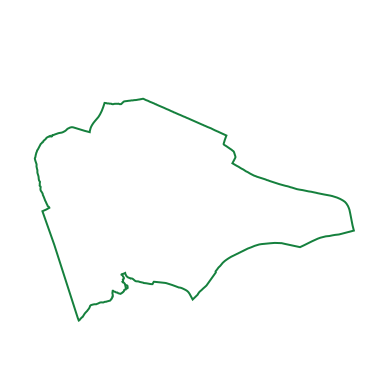 Sam Khok, Pathum Thani, Thailand, rotated 168°
{"feature_id": "78962969B46863562743869", "entity_name": "Sam Khok", "entity_type": "district", "adm_level": 2, "iso_a3": "THA", "parent_name": "Thailand", "parent_adm1": "Pathum Thani", "projection": "natural_earth1", "projection_center": [100.554, 14.08], "detail": "fine", "context": "isolated", "style": "outline", "palette": "green", "viewbox_px": 384, "rotation_deg": 168, "n_neighbors": 0, "source": "geoboundaries", "source_scale": "gbopen_adm2", "svg_char_len": 5937}
<svg xmlns="http://www.w3.org/2000/svg" viewBox="0 0 384 384"><g transform="rotate(168 192 192)"><path d="M326.5,91.7L325.8,92.3L325.3,92.4L325.0,92.5L322.5,95.1L321.7,95.8L319.7,97.2L319.3,97.4L318.6,98.1L317.1,99.3L316.7,99.8L316.3,100.2L315.3,101.8L315.0,102.0L314.2,102.4L312.3,102.5L311.0,102.5L309.8,102.3L309.1,102.1L308.2,102.3L306.9,102.5L305.0,103.0L303.6,102.9L301.9,102.4L301.1,102.5L300.3,102.7L299.7,102.7L299.1,102.5L298.8,102.5L298.5,102.6L294.7,102.8L294.1,103.2L293.6,103.7L293.1,104.2L293.0,104.3L292.9,104.2L292.6,104.4L292.0,105.4L291.7,106.1L291.4,106.0L291.2,106.3L291.0,107.1L290.9,108.2L290.9,109.7L290.5,110.7L290.2,111.7L290.1,111.9L289.9,111.9L289.7,111.8L289.5,111.2L289.3,111.0L288.0,110.4L287.7,110.1L287.2,109.6L286.8,109.4L286.0,109.2L285.8,109.1L285.4,108.5L285.2,108.3L283.8,107.6L283.3,107.5L282.7,107.5L282.7,107.4L282.2,107.5L281.3,108.0L281.3,107.9L281.0,108.0L279.8,108.7L279.2,109.2L278.8,110.1L278.3,110.5L277.8,110.4L277.3,110.4L277.1,110.4L276.9,110.6L276.7,110.9L276.7,111.1L276.7,112.0L276.6,111.9L276.2,111.4L275.9,111.2L275.6,111.2L275.1,111.3L274.9,111.5L274.7,112.5L274.7,113.8L275.2,114.3L275.4,114.2L275.5,114.0L276.0,114.0L276.4,114.1L276.7,114.8L276.6,115.1L276.7,115.3L276.6,115.5L276.7,115.8L276.7,116.0L277.1,116.7L277.2,117.0L277.8,117.8L278.3,118.1L278.5,118.1L278.7,118.6L278.4,118.7L278.3,118.9L277.9,119.2L277.8,119.9L277.9,120.6L277.8,120.9L276.8,121.3L276.6,121.6L276.5,122.1L276.5,122.5L276.6,122.8L277.1,123.8L277.2,124.5L277.3,125.1L277.7,125.4L278.1,125.6L278.1,126.0L277.7,126.2L276.2,126.3L275.4,126.4L274.2,126.7L274.2,125.6L273.9,124.5L273.7,123.7L273.2,122.8L272.4,121.8L271.6,121.3L271.0,120.8L270.4,120.6L270.1,120.1L269.4,120.1L268.6,119.8L267.7,119.0L266.9,117.9L266.1,116.9L265.3,116.3L263.1,115.7L261.6,114.8L258.5,113.4L258.1,113.0L255.6,112.2L251.5,110.5L249.8,110.1L248.1,112.1L247.5,112.0L237.3,108.7L236.1,108.2L230.8,105.2L227.3,103.0L224.7,101.3L223.9,101.1L222.8,100.6L221.4,99.7L218.6,97.5L217.3,96.2L216.4,94.9L215.6,93.1L213.7,86.7L207.8,90.4L207.5,90.7L207.3,91.1L205.4,92.8L202.7,94.3L201.3,95.2L198.8,96.6L197.3,97.5L185.4,108.4L185.4,108.6L185.5,109.3L185.4,109.5L183.8,110.8L181.8,112.6L179.7,113.9L176.7,116.3L174.3,117.7L172.3,118.6L170.1,119.5L167.2,120.5L149.1,125.1L145.6,125.6L141.9,126.3L137.2,126.7L135.0,126.6L126.2,125.6L121.6,125.0L114.9,123.3L111.9,121.9L97.8,115.6L93.5,116.6L85.0,118.8L78.7,120.2L75.9,120.6L70.3,120.8L66.8,120.4L63.7,120.4L61.0,120.3L57.1,119.9L41.7,120.6L41.9,126.1L41.7,138.2L41.7,142.0L42.0,144.1L42.4,146.0L43.4,148.7L44.5,150.6L46.2,152.4L48.5,154.4L51.3,156.4L55.9,159.0L56.0,159.0L57.2,159.6L63.5,162.2L69.3,164.7L70.7,165.4L73.9,166.8L75.4,167.5L77.7,168.3L83.3,170.8L86.7,172.1L88.8,173.0L90.4,173.9L93.4,175.6L94.7,176.2L95.8,176.9L96.9,177.5L97.5,177.8L99.3,178.6L104.9,181.5L113.9,186.7L115.2,187.6L116.1,188.0L117.5,189.0L120.1,190.5L125.4,193.5L125.9,193.9L128.0,195.2L131.3,197.9L133.4,199.9L134.9,201.0L137.1,203.3L138.5,204.4L139.5,205.3L141.2,207.0L142.9,208.4L146.5,211.7L144.1,214.6L142.7,216.3L142.3,216.9L142.2,217.3L142.2,217.9L142.6,222.1L142.9,223.1L143.2,223.5L143.7,224.0L144.6,225.2L145.4,226.0L148.9,229.7L150.6,231.3L151.0,231.9L151.1,232.1L151.1,232.3L151.0,232.6L149.1,236.1L146.6,240.1L153.2,245.0L154.2,245.8L154.4,245.9L155.7,246.8L156.0,247.1L156.4,247.3L158.8,249.2L160.0,250.2L162.4,251.8L163.2,252.3L165.2,253.8L166.3,254.5L167.0,255.1L168.2,255.9L171.5,258.3L178.7,263.5L180.3,264.7L181.7,265.6L183.5,267.0L184.4,267.5L187.5,269.8L188.9,270.7L192.6,273.4L193.5,273.9L193.9,274.4L195.3,275.3L197.9,277.3L199.7,278.5L201.8,280.1L206.4,283.3L208.2,284.6L208.8,285.2L209.4,285.4L210.4,286.3L211.0,286.7L211.3,286.9L213.0,288.1L214.0,288.7L216.3,290.5L217.8,291.4L220.1,293.2L220.5,293.4L222.9,293.4L223.3,293.5L224.0,293.4L224.3,293.5L227.6,293.6L229.6,293.9L230.8,293.9L232.4,294.2L233.4,294.2L235.1,294.4L236.8,294.5L237.7,294.6L239.3,294.7L239.6,294.7L240.5,294.3L242.7,292.9L243.1,292.7L243.3,292.7L244.6,293.0L245.6,293.7L246.1,293.7L247.2,293.9L247.9,294.1L249.8,294.4L250.3,294.3L250.9,294.3L251.4,294.4L252.3,294.8L252.4,295.0L252.9,295.2L253.9,295.5L254.2,295.5L254.6,295.7L255.6,296.1L256.4,296.2L256.8,296.4L257.2,296.7L259.0,297.3L261.2,293.5L263.4,290.1L265.7,287.2L267.0,285.8L268.1,284.7L272.4,281.4L274.2,279.9L275.9,278.2L276.9,277.0L277.7,275.9L278.3,274.8L279.2,273.0L279.6,271.8L284.2,274.1L294.5,279.8L295.2,280.1L296.1,280.4L296.9,280.4L297.8,280.4L300.6,279.7L301.1,279.4L302.0,278.8L302.9,278.3L303.9,277.9L306.1,277.3L307.3,277.2L309.5,277.3L310.4,277.3L314.9,276.7L315.7,276.5L316.6,276.7L316.8,276.6L317.0,276.4L317.1,276.2L317.1,275.9L317.2,275.7L317.7,275.5L318.0,275.5L318.8,276.0L319.0,276.3L319.3,276.2L319.4,275.9L319.6,275.8L319.8,275.9L319.9,276.1L320.0,276.2L320.7,275.9L321.4,275.8L322.1,275.6L322.9,275.3L323.8,274.6L324.3,274.1L325.7,273.4L326.7,272.8L326.8,272.6L327.0,272.2L327.5,271.9L327.7,271.7L328.1,271.7L328.3,271.6L329.0,270.9L329.7,270.6L330.0,270.4L332.8,267.0L333.8,265.8L334.0,265.5L334.6,265.1L334.8,264.9L335.4,263.7L336.1,262.8L336.5,261.9L337.0,261.0L338.1,258.4L338.5,258.0L338.7,257.6L338.8,257.3L338.7,254.9L338.4,252.5L338.3,251.5L338.4,250.7L338.7,249.8L338.8,249.3L338.8,247.8L338.8,246.6L338.7,246.0L338.7,245.6L339.1,243.6L339.2,243.1L339.2,242.5L339.0,240.4L338.9,239.3L339.0,238.1L339.2,236.6L339.2,235.6L339.2,235.0L338.8,234.1L338.6,233.5L338.7,233.2L339.1,232.2L339.3,231.0L339.7,230.0L339.7,229.8L339.6,229.6L339.1,229.0L339.0,228.6L339.0,228.3L339.4,227.3L339.5,226.8L339.7,226.0L339.7,225.3L339.6,224.6L338.8,222.7L338.5,221.6L338.4,221.1L338.5,220.4L338.5,220.0L338.3,219.4L337.9,217.4L337.4,214.1L337.0,212.7L336.7,211.1L336.2,209.2L336.1,208.3L335.1,207.1L334.8,206.4L334.8,206.2L335.5,206.0L338.0,205.2L339.9,204.8L342.3,204.3L341.2,195.8L337.7,169.1L330.3,96.2L329.9,92.4L329.7,91.2L329.5,89.8L329.1,89.9L328.8,90.0L327.0,91.5L326.5,91.7Z" fill="none" stroke="#15803d" stroke-width="2"/></g></svg>